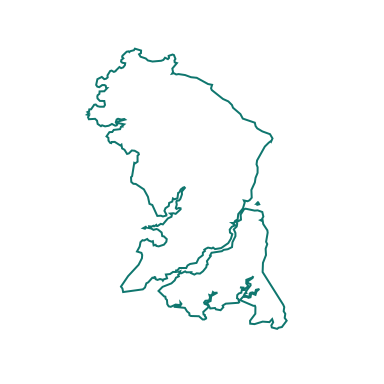 outline of Tiwi Islands, Northern Territory, Australia, rotated 257°
{"feature_id": "25037944B62285809064209", "entity_name": "Tiwi Islands", "entity_type": "district", "adm_level": 2, "iso_a3": "AUS", "parent_name": "Australia", "parent_adm1": "Northern Territory", "projection": "natural_earth1", "projection_center": [130.684, -11.553], "detail": "fine", "context": "isolated", "style": "outline", "palette": "teal", "viewbox_px": 384, "rotation_deg": 257, "n_neighbors": 0, "source": "geoboundaries", "source_scale": "gbopen_adm2", "svg_char_len": 6051}
<svg xmlns="http://www.w3.org/2000/svg" viewBox="0 0 384 384"><g transform="rotate(257 192 192)"><path d="M171.7,162.6L167.0,156.3L168.0,154.4L166.6,150.8L167.0,149.7L167.9,149.7L167.1,147.3L167.8,146.8L167.4,144.9L168.2,142.5L167.3,142.5L166.9,141.2L165.6,144.1L163.8,145.9L163.9,149.1L163.0,150.4L159.4,153.3L155.7,153.1L155.1,154.6L151.8,156.8L149.3,155.8L147.0,152.8L146.5,147.3L147.5,145.1L148.7,144.7L148.6,142.6L152.9,142.8L152.7,141.4L154.6,138.7L156.3,137.8L155.5,134.4L156.2,132.9L154.7,130.5L150.7,128.8L146.4,125.0L144.1,129.0L141.8,129.3L138.7,128.3L133.1,123.6L124.4,110.8L115.8,101.5L113.6,102.5L110.0,102.4L108.2,122.2L109.5,124.7L113.3,127.0L113.8,129.0L117.4,134.1L116.8,135.4L117.6,136.2L117.2,137.0L115.2,137.0L114.1,138.6L114.4,141.2L113.3,143.3L112.2,143.7L113.2,144.7L113.5,148.3L117.5,148.0L117.0,152.1L118.4,155.6L117.7,158.2L119.2,158.9L118.9,160.2L120.8,162.6L119.2,169.3L121.4,171.1L122.3,173.9L121.9,180.4L125.9,183.6L128.0,188.3L130.6,189.0L131.6,191.3L133.0,191.0L133.7,193.0L134.2,195.1L132.6,198.6L133.1,200.0L131.2,201.6L130.8,207.8L134.0,215.8L137.7,219.4L141.9,221.8L143.9,219.9L146.9,220.3L149.1,222.9L149.9,226.6L152.8,224.0L152.4,226.0L154.2,227.6L155.0,230.3L160.1,232.1L164.5,237.9L169.9,241.0L172.1,240.6L170.5,244.1L171.0,246.2L173.0,248.9L180.6,250.3L187.2,255.4L191.5,257.1L195.9,260.2L201.4,261.5L204.4,261.1L208.1,262.5L219.9,273.2L222.8,277.9L223.8,280.2L223.3,280.4L226.1,282.5L230.8,281.0L235.2,274.2L239.3,269.9L241.9,268.8L245.4,268.8L252.1,258.0L257.0,256.7L264.9,250.9L267.8,250.5L272.1,247.8L275.7,243.1L286.9,234.2L288.8,233.9L291.9,235.7L293.6,231.9L302.2,222.3L304.1,216.8L307.5,211.6L309.9,205.5L310.1,203.0L311.8,201.1L311.8,199.2L313.1,200.5L316.7,200.6L321.0,206.3L322.2,204.3L324.1,204.5L325.4,205.8L329.5,205.2L330.3,204.0L329.9,199.9L327.8,199.8L326.9,198.4L328.9,195.9L327.1,193.8L326.8,191.5L328.0,182.9L330.1,178.6L332.5,177.0L335.4,172.3L338.1,171.4L338.8,173.5L341.3,174.2L344.5,168.6L343.2,167.3L343.1,163.5L342.4,162.4L343.3,161.8L343.4,159.9L340.4,154.9L339.3,154.3L337.7,155.2L336.5,152.8L335.0,152.2L333.6,153.2L332.5,155.9L330.6,155.1L328.9,153.0L328.6,150.8L330.1,149.4L327.1,144.6L327.0,145.3L326.6,142.9L328.4,140.9L328.3,139.5L324.7,135.9L322.6,135.6L321.7,133.8L321.7,131.9L324.4,130.0L323.2,125.2L317.9,122.7L316.0,123.4L315.0,125.2L316.4,128.6L315.9,130.8L315.0,131.8L312.5,131.8L312.3,132.7L309.9,129.2L310.8,124.6L308.4,123.8L307.5,121.8L306.3,121.2L304.4,121.0L301.5,122.7L300.4,127.0L296.4,126.8L294.9,125.3L295.8,121.4L296.9,119.2L298.9,117.9L299.0,116.3L295.3,112.3L295.6,110.5L293.8,109.9L293.4,108.2L292.0,109.4L291.0,107.2L290.0,109.1L288.3,107.5L286.1,107.9L285.1,114.0L282.9,115.5L279.5,115.4L276.6,118.1L277.2,119.4L275.5,122.1L275.3,125.8L276.3,129.3L273.9,132.1L273.9,133.5L274.5,134.3L277.1,133.4L279.6,134.9L280.0,136.4L278.5,139.4L278.4,142.4L277.6,143.1L277.3,135.5L275.6,135.9L273.2,141.1L272.0,138.7L271.4,138.9L271.5,137.4L269.4,136.1L270.1,129.7L268.4,127.8L268.9,125.0L265.4,121.2L263.7,122.7L260.8,122.2L258.3,123.3L257.8,124.3L258.8,125.0L258.2,128.0L253.4,132.7L254.0,133.9L250.2,133.7L248.4,135.7L243.7,137.3L243.8,139.2L246.0,142.7L245.1,145.4L242.1,148.6L240.6,148.7L239.6,147.1L233.8,145.8L232.7,143.1L233.4,142.3L220.9,137.2L220.1,135.9L215.5,135.1L213.2,136.7L212.5,139.0L205.4,145.7L197.2,148.0L190.0,147.9L188.3,150.4L176.5,152.8L175.9,156.4L174.7,158.2L174.9,162.5L175.3,161.4L175.8,162.0L179.8,160.9L182.2,162.5L183.6,166.2L186.5,167.3L187.1,170.6L190.0,172.0L188.9,173.1L189.1,176.4L194.2,178.3L194.5,179.6L197.0,181.6L198.3,184.4L198.4,185.6L197.6,186.0L194.7,182.2L192.0,181.7L187.9,179.1L186.7,177.6L186.8,175.1L185.9,174.5L183.0,174.3L180.0,172.6L179.0,173.1L179.4,175.7L178.7,177.2L177.7,177.0L174.4,171.2L175.5,169.0L175.9,165.9L174.1,167.2L172.5,166.4L171.7,162.6ZM159.0,234.3L154.0,233.5L152.5,228.4L150.8,228.9L148.3,227.8L146.2,224.3L142.3,225.1L139.2,224.4L133.9,220.1L129.3,218.6L128.2,214.0L128.5,209.8L127.6,207.8L128.4,197.4L126.1,195.3L125.4,195.9L121.3,191.0L117.9,191.0L117.7,189.9L115.5,189.0L112.3,184.9L110.7,181.4L111.7,178.3L111.0,175.7L113.2,172.8L114.0,173.3L115.0,168.5L116.2,167.5L115.2,163.3L115.6,161.9L114.3,159.8L112.8,160.2L112.1,157.1L109.8,155.3L107.6,151.4L106.2,142.0L103.1,137.1L96.5,141.4L96.0,142.5L94.0,142.3L92.4,143.3L88.2,142.7L85.8,143.6L84.9,145.5L86.0,150.7L84.7,154.3L85.2,155.7L86.7,155.9L85.3,156.5L83.7,154.8L84.3,148.4L80.7,159.0L76.8,160.3L74.5,162.1L72.5,161.8L71.4,163.1L69.4,170.8L65.4,173.7L65.0,175.3L65.6,177.3L66.7,177.5L67.8,176.6L69.2,176.9L70.0,175.7L72.6,176.0L76.1,182.2L78.3,181.9L80.2,179.1L81.6,178.9L83.0,180.6L82.5,184.3L85.3,185.9L87.7,185.8L87.0,186.9L87.6,188.6L89.8,189.9L88.8,190.7L88.2,194.1L86.3,187.3L81.6,185.6L80.5,180.4L79.0,182.4L74.4,183.6L73.8,188.3L72.3,188.9L70.4,193.3L72.7,196.6L74.4,196.3L75.6,199.8L73.6,212.4L74.0,213.2L77.4,213.0L78.3,212.0L81.4,212.9L82.6,214.9L82.8,217.4L85.5,218.6L86.5,220.3L88.3,217.4L87.2,220.7L84.9,220.3L84.7,221.3L85.9,222.1L87.6,225.8L90.7,224.3L94.2,225.2L95.1,231.2L96.1,232.8L94.5,231.6L92.4,226.1L90.6,226.2L89.1,228.3L87.8,228.1L84.2,223.6L82.1,221.8L81.3,222.2L81.1,220.6L79.5,219.3L76.9,224.6L79.9,225.3L80.6,226.3L80.6,228.3L79.1,230.5L82.3,232.3L82.3,235.8L80.6,232.5L77.5,230.7L80.0,227.0L76.3,225.3L76.2,223.3L77.6,221.4L78.3,218.0L75.9,214.5L67.3,226.2L67.0,227.7L65.6,227.9L59.1,226.3L53.5,219.6L50.6,219.1L49.2,223.2L49.8,231.7L47.8,238.2L50.1,241.5L46.8,241.8L44.2,239.3L42.1,239.3L39.5,244.2L40.3,245.9L40.2,249.2L45.3,255.3L48.5,254.0L52.3,255.5L55.2,254.5L59.1,256.0L61.7,255.5L98.1,242.8L107.0,245.2L113.9,249.9L120.2,251.0L124.3,253.6L126.8,253.0L135.4,256.6L137.7,256.8L144.7,254.2L149.2,254.5L148.2,253.5L149.2,252.3L149.5,253.8L152.0,256.0L156.7,256.0L159.3,251.9L159.8,248.8L163.7,240.4L163.4,238.7L159.0,234.3ZM165.8,253.1L165.0,253.1L164.8,251.8L164.9,254.7L167.1,254.1L167.7,253.3L167.2,253.8L166.0,252.1L165.8,253.1ZM166.8,137.9L167.8,139.4L168.5,139.1L167.7,136.3L166.8,137.9ZM116.8,162.4L117.4,162.7L117.1,161.4L116.8,162.4Z" fill="none" stroke="#0f766e" stroke-width="2"/></g></svg>